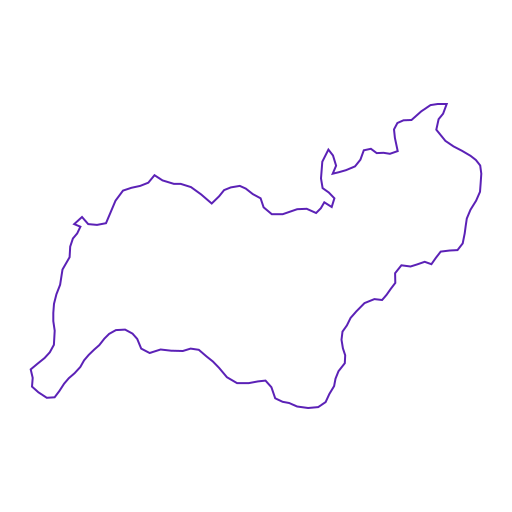 the district of Timóteo, Minas Gerais, Brazil
{"feature_id": "56859067B99437992340006", "entity_name": "Timóteo", "entity_type": "district", "adm_level": 2, "iso_a3": "BRA", "parent_name": "Brazil", "parent_adm1": "Minas Gerais", "projection": "robinson", "projection_center": [-42.602, -19.554], "detail": "fine", "context": "isolated", "style": "outline", "palette": "violet", "viewbox_px": 512, "rotation_deg": 0, "n_neighbors": 0, "source": "geoboundaries", "source_scale": "gbopen_adm2", "svg_char_len": 2119}
<svg xmlns="http://www.w3.org/2000/svg" viewBox="0 0 512 512"><path d="M74.2,224.1L80.4,226.7L77.2,233.4L72.9,238.5L70.2,246.6L69.6,257.2L62.5,269.5L60.1,284.8L56.4,294.3L54.0,303.8L53.3,312.9L53.3,321.1L54.7,330.7L53.9,344.8L49.8,352.3L44.6,358.0L37.4,363.8L30.7,369.4L32.7,377.9L32.0,386.6L38.4,392.3L46.8,397.8L54.6,397.3L59.3,391.1L64.1,383.7L68.8,378.2L74.6,373.2L80.3,367.0L84.1,360.3L88.8,354.8L94.3,349.5L99.3,345.1L104.4,338.6L109.1,333.9L115.9,330.1L125.1,329.6L132.5,333.6L137.2,338.9L141.2,348.6L149.6,353.0L160.6,349.5L171.1,350.7L182.8,351.0L190.6,348.6L198.8,349.8L206.6,356.5L212.9,361.5L219.1,367.9L226.9,377.2L237.0,383.1L248.9,383.1L258.0,381.4L265.5,380.6L271.4,387.2L275.2,398.3L282.6,401.8L289.1,403.0L297.1,406.5L308.1,408.0L318.2,407.1L325.6,402.1L329.4,393.9L334.1,386.1L335.5,378.7L338.5,371.2L344.8,363.2L345.2,355.3L342.9,348.3L341.5,339.7L342.5,331.6L346.9,325.4L350.6,317.9L356.4,311.3L364.5,303.1L374.4,299.1L382.1,300.0L386.5,294.9L390.8,288.8L395.3,282.9L395.1,273.2L401.4,265.3L410.5,266.5L416.9,264.5L424.7,261.8L431.4,264.2L435.9,257.8L440.7,251.6L449.8,250.5L457.5,250.1L462.7,243.4L464.7,233.4L465.7,225.9L466.8,218.5L470.5,209.7L476.1,200.7L480.0,191.8L480.6,183.9L481.3,173.7L480.2,165.5L475.9,160.0L470.5,155.8L462.0,150.8L453.5,146.4L445.4,140.9L436.3,129.7L438.6,119.2L443.1,113.7L446.7,104.0L437.7,104.0L430.5,105.1L421.3,111.3L411.5,120.0L403.5,120.3L397.4,123.0L394.0,129.4L394.9,137.9L397.7,151.1L389.9,153.8L383.5,152.8L376.7,153.1L370.9,148.8L363.8,150.3L360.4,159.7L355.0,166.4L345.9,170.2L338.9,172.2L332.7,173.7L336.1,165.7L333.0,155.5L328.4,149.6L322.3,161.7L321.0,178.4L322.6,188.1L328.8,192.5L334.4,198.3L331.7,207.0L324.3,202.3L320.8,208.3L316.1,213.0L306.7,208.8L297.2,209.2L282.7,214.2L271.8,214.2L263.6,207.3L260.6,198.3L252.8,194.1L245.8,188.6L239.8,185.9L230.8,187.4L224.1,190.1L219.1,196.3L211.7,203.5L201.1,194.4L191.0,187.1L180.8,183.9L174.0,183.9L162.5,180.4L154.5,175.2L148.3,182.7L140.2,185.9L131.4,187.8L123.0,190.6L115.5,200.7L110.1,213.5L106.0,223.2L97.0,224.9L88.2,224.1L82.0,217.0L74.2,224.1Z" fill="none" stroke="#5b21b6" stroke-width="2"/></svg>